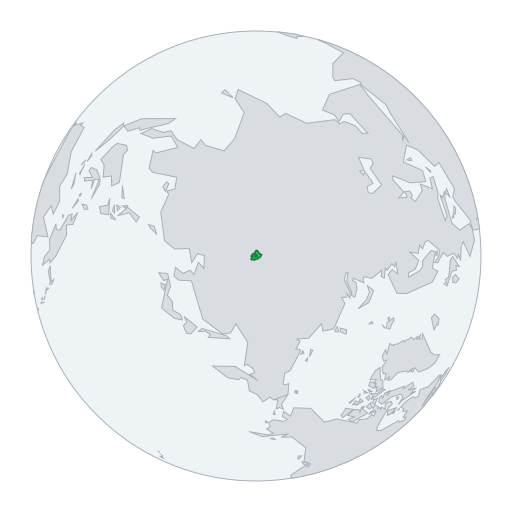 Selenge highlighted on a globe, orthographic projection, rotated 134°
{"feature_id": "MNG-3326", "entity_name": "Selenge", "entity_type": "Province", "adm_level": 1, "iso_a3": "MNG", "parent_name": "Mongolia", "parent_adm1": "", "projection": "orthographic", "projection_center": [106.313, 49.491], "detail": "fine", "context": "on_globe", "style": "filled", "palette": "green", "viewbox_px": 512, "rotation_deg": 134, "n_neighbors": 0, "source": "natural_earth", "source_scale": "10m", "svg_char_len": 13822}
<svg xmlns="http://www.w3.org/2000/svg" viewBox="0 0 512 512"><g transform="rotate(134 256 256)"><circle cx="256" cy="256" r="225" fill="#eef3f6" stroke="#a8b0b8"/><path d="M385.9,72.0L386.2,72.2L391.5,76.6L389.0,78.6L372.7,75.1L371.6,72.2L367.8,72.1L369.0,75.9L370.7,78.6L359.4,87.0L361.1,104.4L369.0,112.1L361.4,109.1L381.5,125.9L387.1,138.9L376.2,122.9L371.5,120.4L373.1,128.3L368.7,127.5L366.9,131.1L361.4,129.6L355.5,120.9L351.8,119.9L353.1,125.6L348.5,128.1L347.2,119.8L339.0,123.4L327.5,110.6L328.1,91.3L317.2,84.8L305.9,67.1L302.4,68.3L295.9,63.0L289.4,62.6L289.2,59.9L284.2,62.0L285.7,64.6L284.0,66.5L280.4,66.7L279.4,63.1L281.1,62.5L278.9,61.5L280.0,59.7L277.4,60.7L276.6,56.6L271.9,60.9L266.7,57.9L267.7,55.2L274.8,55.1L294.5,50.1L297.6,48.2L295.1,45.0L275.2,39.1L275.8,37.4L271.3,35.3L267.7,36.1L269.9,38.1L262.2,39.6L265.8,42.4L263.2,43.6L264.1,47.1L256.3,47.0L248.2,45.3L247.1,42.6L243.5,41.9L238.4,45.1L230.3,41.3L214.5,41.3L213.3,40.5L222.0,37.1L237.7,34.8L249.1,32.2L233.9,34.6L231.0,33.4L227.3,33.7L223.0,34.4L221.0,35.2L218.4,35.2L232.4,32.3L234.9,32.3L230.5,33.1L237.9,32.2L247.3,31.1L245.1,31.0L254.0,30.7L271.6,31.3L289.0,33.2L306.3,36.4L323.2,41.0L339.8,46.9L355.8,54.0L371.2,62.4L385.9,72.0ZM467.0,186.0L465.4,183.4L465.8,182.2L467.0,186.0ZM464.7,183.8L465.2,184.3L464.9,184.3L464.7,183.8ZM464.7,185.1L464.7,184.2L464.9,185.6L464.7,185.1ZM464.9,187.4L464.7,186.0L464.8,186.3L464.9,187.4ZM464.5,189.8L464.3,190.3L464.0,188.7L464.5,189.8ZM372.2,80.0L369.5,76.2L370.0,73.2L372.8,76.4L372.2,80.0ZM370.6,86.6L368.0,84.3L372.5,84.0L372.6,85.4L370.6,86.6ZM375.7,118.2L374.3,114.1L377.2,118.4L375.7,118.2ZM367.6,131.8L369.4,133.4L367.7,134.6L367.6,131.8ZM268.3,47.0L266.2,47.0L267.1,46.3L268.3,47.0ZM270.6,48.5L273.2,47.7L274.6,48.3L273.0,48.8L270.6,48.5ZM357.8,133.6L354.5,135.3L356.8,132.0L357.8,133.6ZM267.1,49.4L276.9,49.6L279.5,50.8L275.6,53.8L267.1,49.4ZM352.0,135.3L344.1,140.2L347.4,143.7L333.6,136.7L344.9,134.7L347.2,129.9L348.5,133.9L352.0,135.3ZM287.8,65.4L286.0,62.6L290.9,64.9L287.8,65.4ZM291.3,66.5L308.6,71.5L309.3,76.1L303.4,73.3L307.0,79.3L298.9,79.0L295.0,75.6L296.2,72.7L292.2,74.8L291.3,66.5ZM327.2,132.2L324.4,132.3L326.2,130.6L327.2,132.2ZM283.7,67.5L287.2,68.0L288.0,71.9L281.3,71.6L283.2,70.4L283.7,67.5ZM312.0,81.3L311.4,84.3L304.7,84.8L303.6,86.1L298.7,79.4L312.0,81.3ZM281.1,69.6L277.9,71.5L274.1,69.8L280.4,67.3L281.1,69.6ZM291.1,73.0L291.2,74.9L288.9,73.8L291.1,73.0ZM259.0,65.7L263.1,65.9L263.9,67.8L259.0,65.7ZM276.9,72.3L278.2,72.9L279.0,73.7L276.2,74.6L276.9,72.3ZM294.3,80.4L291.6,80.0L295.9,83.1L291.1,83.8L288.7,79.3L287.7,81.6L286.2,81.8L285.9,77.9L294.3,80.4ZM275.6,78.3L271.0,73.2L263.2,72.3L262.3,70.4L274.9,72.3L275.6,78.3ZM281.7,78.4L277.7,77.9L278.6,75.6L281.8,74.7L281.7,78.4ZM288.6,86.0L296.7,86.1L296.9,87.1L288.6,86.0ZM273.2,78.4L274.4,79.7L272.5,78.6L273.2,78.4ZM283.6,84.1L286.5,83.9L286.7,85.1L283.6,84.1ZM274.3,82.4L272.8,80.7L275.0,79.9L274.3,82.4ZM278.5,83.5L278.0,85.2L276.7,80.7L279.7,83.2L278.5,83.5ZM283.4,85.2L284.4,85.8L282.2,85.2L283.4,85.2ZM267.0,86.7L264.8,81.2L269.5,79.3L271.1,84.9L267.0,86.7ZM81.1,114.0L86.8,117.9L81.3,127.3L78.2,151.1L76.6,155.7L69.8,159.8L61.7,189.4L67.5,189.8L67.3,213.0L71.7,224.8L86.0,215.3L78.8,195.6L84.6,185.6L96.1,195.7L103.5,213.6L106.0,210.4L107.3,194.0L115.1,193.6L108.5,188.1L106.6,193.7L102.5,190.6L103.9,185.4L106.6,185.3L106.1,179.1L93.4,181.8L90.1,187.8L85.1,175.8L79.3,184.8L75.7,184.0L84.3,168.5L88.1,165.8L99.0,144.6L94.5,146.2L84.0,166.6L84.6,162.3L78.4,165.4L83.6,159.8L96.3,137.9L95.8,127.5L84.6,125.1L86.5,118.8L92.9,109.8L107.6,101.8L101.7,116.9L106.8,114.9L117.1,105.7L114.4,111.3L117.8,109.6L116.5,115.3L123.5,118.3L123.5,123.8L134.8,120.5L136.3,123.1L129.2,124.2L124.2,128.2L125.2,142.8L127.9,144.3L135.2,141.2L134.5,145.9L141.5,141.1L146.3,148.2L146.2,135.7L154.8,132.4L162.4,134.6L165.2,131.5L152.9,128.0L148.0,128.7L143.7,132.9L130.4,133.8L128.2,129.9L142.2,120.9L140.6,114.6L152.2,111.0L178.4,121.6L184.9,128.8L177.6,148.3L171.1,148.5L170.5,141.4L163.1,151.3L167.5,148.9L167.0,153.0L175.0,151.6L175.0,154.5L182.8,148.3L183.7,151.8L178.8,155.6L191.5,157.0L195.7,163.8L198.5,162.8L200.4,159.8L204.5,170.7L206.4,169.5L205.8,165.4L209.3,160.5L217.0,156.3L218.0,160.3L215.4,162.3L211.3,173.0L204.1,178.3L205.3,179.6L211.8,176.0L216.7,162.9L221.1,159.2L219.7,165.5L220.5,162.9L223.0,162.4L226.4,165.7L228.4,159.0L254.4,149.5L263.5,155.6L259.3,161.8L278.5,161.0L287.3,168.9L286.7,165.0L295.5,162.6L292.9,160.0L293.3,158.0L314.7,151.8L320.5,153.8L329.1,147.7L328.8,145.8L325.0,143.8L333.6,136.7L347.4,143.7L347.4,147.6L356.1,149.8L354.7,158.5L357.6,167.1L351.1,176.0L354.0,182.4L357.1,182.6L363.3,191.8L365.3,210.8L350.0,194.4L344.2,167.8L345.4,178.3L341.1,175.8L339.0,179.7L340.2,187.4L342.8,188.3L323.9,201.9L318.7,223.2L328.9,220.8L335.3,226.2L338.3,250.6L318.7,285.2L326.9,294.5L327.4,301.1L320.1,306.0L319.2,296.4L311.9,293.6L312.6,287.7L300.6,293.0L301.0,284.9L291.5,293.5L295.0,299.7L305.4,297.7L297.0,309.2L307.5,319.5L308.6,332.3L290.6,355.0L272.4,361.6L271.2,365.3L264.1,360.9L254.4,367.7L267.6,388.4L267.1,393.9L251.5,403.4L251.2,399.5L232.3,387.7L228.6,400.3L242.9,412.1L247.8,423.8L236.7,419.4L231.7,408.7L225.0,404.2L227.0,393.4L221.7,375.2L210.5,376.5L211.6,369.4L202.6,352.0L186.6,352.8L161.1,364.0L157.3,380.5L148.6,384.4L138.8,354.1L139.6,335.4L132.7,333.6L125.4,311.8L103.0,293.8L102.8,287.6L98.0,286.0L93.3,274.9L94.1,264.9L89.9,260.8L88.4,287.2L93.3,291.8L101.5,289.7L99.9,297.4L104.8,309.5L88.7,315.5L60.4,300.3L62.7,286.5L67.3,234.7L70.0,232.0L70.2,231.5L70.6,230.6L65.8,234.0L68.3,224.4L60.4,256.9L56.9,267.9L60.0,300.6L58.4,300.8L60.9,309.3L75.1,321.1L74.0,324.9L64.3,334.3L49.1,334.3L54.1,352.2L57.9,362.9L56.5,360.6L49.4,345.8L43.4,330.5L38.6,314.9L34.8,298.9L32.3,282.7L31.0,266.4L30.8,250.0L31.8,233.6L34.1,217.4L37.5,201.3L42.0,185.6L47.7,170.2L54.5,155.3L62.4,140.9L71.3,127.1L81.1,114.0ZM77.1,122.0L75.1,124.0L77.1,122.0ZM106.1,240.4L113.8,250.8L119.3,237.5L122.7,240.5L123.3,235.0L119.6,236.5L122.3,222.4L128.9,224.2L132.5,219.3L130.1,215.6L117.6,214.9L113.6,234.7L108.0,236.1L106.1,240.4ZM230.2,33.5L229.0,33.8L224.6,34.4L226.6,33.9L230.2,33.5ZM205.2,39.7L201.6,39.5L205.6,39.1L207.7,38.0L218.8,36.1L213.2,40.1L213.8,38.5L205.2,39.7ZM232.0,35.3L225.6,35.7L232.9,35.1L232.0,35.3ZM138.2,96.3L134.8,99.6L131.0,99.8L131.2,94.1L136.6,93.5L138.2,96.3ZM130.9,104.4L144.8,97.8L145.3,101.6L142.7,100.5L141.6,103.6L137.1,102.8L124.0,113.3L119.8,114.3L122.3,102.4L123.8,105.5L127.0,101.9L130.9,104.4ZM179.4,78.4L185.4,76.7L178.7,86.8L173.9,87.3L173.6,81.2L179.2,77.1L179.4,78.4ZM258.3,55.2L261.0,54.7L261.3,55.5L259.2,56.7L258.3,55.2ZM260.8,65.6L246.6,58.8L249.0,57.7L237.8,55.6L239.8,52.0L247.0,53.4L240.2,49.4L247.5,49.3L242.1,47.0L257.9,50.5L264.2,50.6L256.4,51.7L254.4,54.9L255.4,56.3L263.0,60.5L275.5,62.7L275.5,66.5L272.2,68.7L269.2,68.8L270.2,66.1L265.5,68.1L264.5,64.4L260.8,65.6ZM233.3,97.7L235.6,93.7L226.0,99.0L225.0,94.5L224.0,95.4L220.5,92.8L214.3,91.4L214.9,89.2L212.3,89.7L209.9,88.2L206.5,88.1L206.3,84.3L202.1,84.0L204.5,82.4L197.3,83.0L202.6,80.9L200.0,79.0L196.2,82.0L203.8,63.8L203.0,58.5L199.3,55.4L208.9,52.9L218.4,54.4L226.5,58.6L226.0,64.4L230.4,62.4L231.5,64.7L227.6,65.3L234.3,65.8L234.1,67.9L241.3,73.0L251.1,72.9L254.0,74.9L250.1,76.0L255.7,77.4L250.2,80.9L252.2,82.6L248.8,88.0L240.1,89.5L242.9,91.3L240.4,95.7L233.3,97.7ZM265.8,88.1L255.6,90.5L250.1,89.4L258.3,80.5L257.3,78.5L262.4,73.3L270.4,75.2L268.2,76.4L267.9,78.2L265.5,76.9L267.2,79.2L264.2,81.1L264.7,83.5L261.3,83.6L265.8,88.1ZM79.2,156.9L78.7,159.8L79.1,163.6L75.2,165.8L79.2,156.9ZM87.6,141.7L87.8,143.7L82.5,148.2L83.0,145.4L87.6,141.7ZM92.5,141.1L88.3,143.4L90.8,140.5L92.5,141.1ZM129.9,125.9L130.7,128.0L129.0,129.1L126.5,129.2L129.9,125.9ZM204.6,114.1L206.8,111.5L208.2,112.0L215.7,108.9L217.1,112.2L213.0,115.4L204.6,114.1ZM82.2,214.3L78.3,213.4L78.8,210.3L80.0,211.2L82.2,214.3ZM74.6,188.5L74.2,196.1L73.5,189.0L74.6,188.5ZM207.3,117.2L210.3,115.5L209.1,118.2L207.3,117.2ZM218.4,114.5L217.8,117.6L218.1,112.3L218.4,114.5ZM69.1,381.8L65.2,374.4L69.9,379.2L71.0,377.5L76.1,387.2L79.7,396.3L69.1,381.8ZM304.7,445.1L311.4,444.7L311.1,445.3L304.7,445.1ZM297.6,444.0L305.4,443.2L296.3,445.3L297.6,444.0ZM308.4,442.9L316.3,440.6L319.7,439.1L319.0,440.4L308.4,442.9ZM292.4,444.5L263.7,445.4L252.3,443.5L255.0,441.4L273.4,442.2L292.4,444.5ZM254.1,441.3L236.7,433.6L213.1,409.4L221.6,411.2L246.3,426.9L244.7,428.9L255.2,434.9L254.1,441.3ZM296.1,428.3L294.4,434.6L278.5,435.0L271.3,434.1L266.4,426.0L269.2,421.8L275.1,421.9L298.0,405.4L306.0,408.4L298.9,415.6L305.5,420.8L296.1,428.3ZM158.1,382.5L162.6,394.1L157.9,393.9L158.1,382.5ZM307.2,393.0L298.0,401.1L306.4,390.6L307.2,393.0ZM312.2,383.0L312.8,386.8L309.0,383.5L312.2,383.0ZM271.0,371.0L264.7,371.8L264.6,368.9L272.5,366.1L271.0,371.0ZM309.3,342.9L309.3,351.9L308.1,355.1L305.2,350.0L309.3,342.9ZM222.9,145.9L210.8,146.2L203.1,149.3L200.1,155.1L199.1,147.3L211.1,142.5L222.9,145.9ZM250.4,148.5L252.9,143.8L255.3,146.0L255.0,147.4L250.4,148.5ZM249.5,145.5L246.1,139.5L249.8,137.0L251.7,142.2L249.5,145.5ZM226.3,127.5L222.6,127.3L223.6,125.0L226.3,127.5ZM355.0,458.4L354.2,458.7L349.4,461.0L354.8,458.1L347.5,461.8L345.0,462.3L337.2,464.8L293.4,477.3L284.2,478.3L287.4,476.9L280.7,473.1L283.8,472.9L282.9,468.9L309.3,461.4L328.4,448.6L342.1,445.8L353.1,435.2L366.8,431.0L362.1,438.3L375.7,435.9L386.8,418.9L393.2,427.5L401.8,424.9L401.9,427.5L396.6,432.0L383.4,441.8L369.5,450.6L355.0,458.4ZM434.8,392.2L436.4,390.5L438.1,388.6L435.7,391.7L434.8,392.2ZM445.3,376.2L445.9,375.8L445.2,376.9L445.3,376.2ZM444.8,376.8L446.0,374.5L445.6,375.7L444.8,376.8ZM438.1,379.0L439.2,377.3L439.6,377.4L438.1,379.0ZM321.4,443.1L330.9,437.0L336.0,435.5L321.4,443.1ZM436.8,379.0L434.1,381.4L434.5,380.3L436.8,379.0ZM437.1,377.0L436.9,376.2L438.3,377.2L437.1,377.0ZM432.2,379.1L435.3,378.2L431.8,379.7L432.2,379.1ZM430.2,381.1L427.8,382.2L428.0,381.7L430.2,381.1ZM401.8,402.2L410.9,403.2L403.2,407.8L394.8,408.4L387.7,415.9L371.8,422.2L375.6,418.2L373.6,415.0L356.9,419.2L353.5,417.4L359.5,413.6L348.4,414.6L360.6,409.7L365.5,413.9L372.4,406.9L384.1,403.3L395.2,400.0L404.0,399.4L401.8,402.2ZM360.5,422.3L362.6,421.6L360.6,423.8L360.5,422.3ZM423.3,382.8L426.7,382.7L426.3,383.7L424.5,384.6L423.3,382.8ZM406.0,397.3L415.5,387.0L417.7,385.6L411.3,394.7L406.0,397.3ZM413.3,385.3L417.6,383.2L419.8,384.3L418.9,385.6L413.3,385.3ZM335.5,424.0L334.9,425.7L331.7,425.1L335.5,424.0ZM339.6,422.1L349.3,421.3L338.7,423.7L339.6,422.1ZM310.0,421.7L312.9,425.3L322.0,421.3L315.0,426.1L321.1,431.3L319.0,434.0L313.0,428.2L310.7,435.4L306.7,435.8L304.5,430.2L308.6,422.1L312.7,418.4L329.1,414.3L310.0,421.7ZM339.6,417.3L337.0,413.2L338.9,409.6L341.7,411.5L339.6,417.3ZM329.3,402.9L322.4,398.1L316.1,401.3L328.6,390.7L333.3,397.1L329.3,402.9ZM323.3,390.5L317.5,393.5L323.4,387.5L323.3,390.5ZM315.9,391.6L315.2,387.3L319.8,387.2L315.9,391.6ZM326.3,390.2L327.3,382.4L329.7,386.5L326.3,390.2ZM313.0,377.4L323.1,383.5L310.1,382.1L309.1,366.9L314.7,365.8L313.0,377.4ZM341.2,305.7L339.6,300.9L344.5,298.6L344.2,302.5L341.2,305.7ZM358.9,288.0L345.2,296.5L334.1,303.6L337.8,305.2L335.7,314.3L329.9,307.4L337.3,296.3L345.9,292.5L346.7,284.8L352.7,278.2L350.6,269.3L353.1,264.5L357.6,271.5L358.9,288.0ZM349.4,265.6L348.0,249.0L357.3,248.8L359.8,252.3L356.5,259.9L351.7,259.6L349.4,265.6ZM350.4,245.0L345.7,244.6L333.9,222.1L333.8,217.4L347.7,233.8L344.1,234.4L345.4,240.2L350.4,245.0ZM325.6,134.3L324.5,132.5L327.0,133.6L325.6,134.3ZM291.6,156.6L292.6,154.1L295.4,155.3L291.6,156.6ZM296.8,147.8L292.9,148.2L296.6,146.1L296.8,147.8ZM284.3,149.6L291.2,147.6L285.2,152.0L284.3,149.6Z" fill="#d9dde1" stroke="#a8b0b8" stroke-width="1"/><path d="M253.5,252.1L254.3,252.3L254.7,252.3L254.9,252.4L255.0,252.4L255.3,252.5L255.6,252.7L255.7,252.8L255.8,252.8L256.3,252.7L256.6,252.7L256.9,252.7L257.1,252.8L257.6,253.2L257.7,253.3L257.8,253.5L258.0,253.8L258.2,254.0L258.3,254.0L258.5,253.9L258.7,254.1L259.6,254.1L259.8,254.2L260.0,254.2L260.2,254.3L260.1,254.5L260.2,254.8L260.2,255.0L260.1,255.3L260.3,255.3L260.3,255.5L260.6,255.7L260.8,255.7L260.9,255.8L261.0,255.9L261.0,256.0L261.5,256.4L261.7,256.6L261.8,256.6L261.7,257.0L261.7,257.4L261.2,257.4L260.9,257.5L260.7,257.7L260.7,257.8L260.3,257.7L260.2,257.6L259.8,257.6L259.7,257.6L259.3,257.8L259.1,258.0L259.3,258.2L259.3,258.3L259.6,258.4L259.6,258.5L259.6,258.9L259.6,259.0L259.5,259.3L259.4,259.3L259.2,259.4L258.9,259.5L258.4,259.7L258.2,259.5L258.2,259.4L257.8,259.5L257.7,259.5L257.4,259.5L257.2,259.8L256.9,259.8L256.7,259.8L256.6,259.7L256.4,259.7L256.0,259.3L255.6,259.2L255.5,259.3L255.4,259.3L255.2,259.2L255.3,258.9L255.2,258.7L254.8,258.5L254.3,258.6L254.1,258.6L253.9,258.7L253.7,258.9L253.8,259.0L253.9,259.3L253.7,259.4L253.5,259.5L253.4,259.6L253.2,259.6L252.8,259.8L252.7,259.8L252.3,259.7L252.1,259.7L251.8,259.5L251.4,259.3L251.3,259.2L251.3,258.9L251.4,258.7L251.2,258.5L251.1,258.4L251.2,258.1L251.4,258.0L251.5,257.9L251.5,257.7L251.4,257.6L251.4,257.3L251.5,257.0L251.6,256.7L251.6,256.4L251.7,256.2L251.8,256.0L251.8,255.9L251.8,255.3L252.0,255.2L251.9,255.1L251.6,254.7L251.5,254.4L251.4,254.2L251.5,254.0L251.7,253.9L251.6,253.6L251.5,253.4L251.3,253.1L251.1,252.9L251.4,252.7L251.6,252.7L251.8,252.7L252.2,252.6L252.3,252.6L252.5,252.4L252.8,252.5L253.0,252.4L253.3,252.2L253.5,252.1ZM256.1,255.9L255.9,255.8L255.7,255.7L255.4,255.5L255.3,255.4L255.5,255.1L255.6,254.9L255.6,254.7L255.3,254.8L255.2,254.9L255.2,255.0L254.9,255.2L254.9,255.3L254.8,255.6L254.9,255.8L254.9,256.0L254.9,256.3L254.8,256.7L254.8,257.0L254.7,257.3L254.9,257.5L255.0,257.5L255.3,257.6L255.5,257.5L255.6,257.4L255.8,257.3L255.9,257.2L256.0,257.2L256.2,257.3L256.3,257.4L256.4,257.5L256.7,257.6L257.0,257.5L257.2,257.4L257.2,257.1L257.2,256.9L257.2,256.7L257.3,256.2L257.2,256.1L257.2,255.9L256.9,255.7L256.5,255.5L256.4,255.7L256.3,255.8L256.2,255.8L256.1,255.9Z" fill="#22c55e" stroke="#15803d" stroke-width="1.5"/></g></svg>